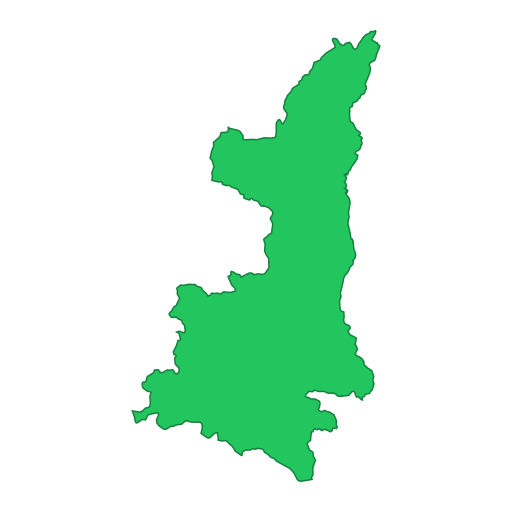 an SVG outline of Shaanxi
{"feature_id": "CHN-1804", "entity_name": "Shaanxi", "entity_type": "Province", "adm_level": 1, "iso_a3": "CHN", "parent_name": "China", "parent_adm1": "", "projection": "equal_earth", "projection_center": [108.8, 35.643], "detail": "fine", "context": "isolated", "style": "filled", "palette": "green", "viewbox_px": 512, "rotation_deg": 0, "n_neighbors": 0, "source": "natural_earth", "source_scale": "10m", "svg_char_len": 6066}
<svg xmlns="http://www.w3.org/2000/svg" viewBox="0 0 512 512"><path d="M300.7,481.3L298.2,480.5L297.0,479.0L294.2,473.4L291.0,469.5L288.3,467.5L276.6,461.3L274.4,458.7L271.0,457.4L267.6,454.1L264.6,452.4L263.3,449.8L262.2,449.0L258.0,448.4L254.7,449.3L252.9,448.5L250.1,450.2L248.5,449.9L244.7,450.4L242.5,452.1L242.0,455.2L241.4,455.5L235.3,451.1L232.3,446.3L229.3,443.9L226.9,441.2L225.3,440.6L222.0,441.0L218.1,440.1L218.2,438.2L217.4,432.8L214.7,433.2L209.8,437.8L208.2,438.0L206.8,437.5L201.0,433.4L202.1,429.1L202.3,425.5L201.7,423.8L200.3,422.2L191.1,422.1L185.9,420.6L181.6,424.2L176.9,424.8L173.1,426.3L170.6,426.4L166.4,429.1L164.1,429.3L159.1,426.0L156.7,422.7L156.6,419.5L158.6,415.0L158.4,413.2L155.9,413.0L148.7,414.6L147.3,416.1L145.6,419.8L142.1,419.5L137.2,422.9L136.0,422.6L135.2,421.3L134.5,416.9L132.3,410.9L139.6,412.1L142.6,410.9L145.5,408.0L148.6,407.5L149.5,406.4L150.4,403.7L149.9,396.3L151.1,392.5L150.1,391.7L147.6,391.4L143.4,388.4L142.4,386.6L142.1,383.7L142.9,382.2L145.2,381.9L145.9,381.2L147.3,376.6L153.1,373.0L154.0,371.8L154.4,370.0L158.4,369.8L159.9,372.1L162.1,372.8L167.4,369.9L169.7,370.3L172.4,369.6L173.7,370.6L174.5,372.8L176.3,373.9L178.4,372.8L179.1,370.7L179.2,369.3L178.6,367.6L175.3,364.1L174.7,358.1L176.3,355.8L175.8,355.1L173.8,354.3L173.3,351.8L176.7,345.0L177.9,340.5L179.9,340.3L180.6,339.5L179.1,333.5L176.7,332.1L179.2,331.2L183.7,332.8L184.7,332.4L185.2,330.6L184.5,325.2L182.5,323.2L181.9,321.0L181.2,320.1L178.5,319.1L176.4,317.2L171.3,317.4L169.6,315.2L169.1,313.8L170.0,312.3L171.7,310.9L173.7,307.0L176.5,305.2L177.7,302.0L179.0,300.1L179.4,298.0L177.2,293.8L177.5,290.5L176.8,288.9L176.9,288.0L180.9,284.9L182.7,285.4L189.0,284.3L195.3,284.6L196.8,286.2L201.2,287.6L203.2,290.9L205.8,293.0L208.1,296.0L210.6,294.9L211.3,293.6L212.4,293.0L214.4,293.6L217.3,293.1L220.5,294.0L223.7,291.8L230.4,292.5L235.0,291.1L235.5,289.9L234.8,288.2L231.9,285.2L228.2,277.1L228.2,276.4L230.8,275.1L231.1,274.2L230.8,272.2L231.2,271.5L233.1,271.9L236.4,274.0L239.7,274.7L241.2,277.0L249.1,273.1L251.7,273.0L254.0,274.7L257.7,273.8L261.8,274.3L264.2,274.0L265.3,273.1L269.0,267.7L268.6,258.3L266.1,254.7L264.6,251.0L265.1,244.2L263.7,239.5L264.7,238.2L267.0,236.7L268.5,234.7L270.8,233.6L271.6,232.5L272.7,224.7L272.3,222.4L270.6,219.5L270.3,218.3L272.5,214.6L272.9,212.0L269.1,208.0L265.6,206.4L261.2,206.0L259.9,204.6L258.0,201.3L253.4,200.0L252.0,198.4L251.3,198.3L249.6,200.0L244.4,198.4L243.7,197.1L244.1,195.2L240.4,193.9L237.8,189.4L231.5,187.1L229.6,185.5L226.3,185.5L223.3,184.6L222.2,183.9L222.6,182.7L221.3,181.8L218.8,182.0L211.9,180.4L212.4,176.1L211.8,173.1L213.9,166.8L212.2,160.7L210.1,158.2L211.6,151.4L213.8,145.7L213.4,142.8L213.6,142.2L220.0,136.6L220.7,133.6L221.4,132.5L226.1,132.3L227.7,131.5L228.4,129.7L228.3,127.4L230.2,128.5L238.0,130.3L239.8,131.2L242.8,135.3L243.1,137.3L242.8,139.1L244.5,139.8L252.8,139.4L257.1,139.7L264.1,137.8L270.6,138.1L275.1,137.4L275.7,136.3L276.3,131.5L276.2,124.4L276.6,122.4L278.1,120.1L279.2,119.6L280.1,120.1L282.2,123.7L283.1,123.7L285.6,119.7L287.1,114.9L287.1,113.4L284.3,109.7L283.5,107.2L284.7,103.2L285.0,100.3L286.5,98.0L287.5,95.4L291.7,90.8L292.3,88.7L293.0,88.0L298.9,84.3L299.0,81.6L301.5,80.0L302.7,76.8L305.2,74.9L306.7,74.5L307.9,75.2L308.8,74.5L309.9,71.3L312.5,68.3L314.1,62.4L320.3,60.0L321.3,57.7L326.3,52.9L335.2,47.4L334.8,45.1L332.4,40.2L332.6,39.0L333.9,38.3L336.9,39.1L339.4,43.2L342.5,45.4L344.3,45.0L345.5,43.4L349.5,42.3L351.1,44.0L353.4,48.2L355.2,49.4L356.8,48.3L358.6,44.2L363.5,37.1L365.8,34.8L369.2,33.3L370.8,31.4L372.9,31.8L375.4,30.7L375.8,31.6L375.2,33.7L371.8,39.5L372.4,40.5L374.8,41.6L376.5,43.1L377.2,42.7L378.0,44.6L379.7,45.7L379.7,46.5L376.9,53.4L375.3,59.3L374.1,60.7L370.1,62.8L369.2,64.5L370.5,68.5L369.6,73.3L365.1,84.2L366.3,86.5L366.2,89.0L365.1,90.9L364.4,93.4L361.0,95.2L359.9,97.9L358.1,99.2L356.7,101.3L352.8,102.9L352.4,106.3L349.9,107.7L349.5,109.8L349.9,110.9L349.5,114.0L350.2,121.6L352.9,123.0L356.2,129.6L360.0,132.3L360.5,133.4L360.1,134.2L358.5,135.2L361.6,137.2L362.3,138.3L361.1,139.5L362.1,143.8L361.3,144.9L360.0,149.0L358.2,150.7L356.4,151.0L355.7,151.9L355.5,154.1L357.9,155.3L356.9,159.6L356.0,160.0L355.6,161.4L351.5,166.8L350.3,169.8L349.0,170.9L348.2,172.7L346.4,173.6L346.4,174.0L347.6,174.3L346.9,175.0L344.5,174.6L345.0,175.8L346.5,177.4L345.5,180.8L344.4,181.7L346.2,184.1L345.9,184.8L346.5,186.0L345.7,188.0L344.8,188.3L346.6,189.5L346.6,190.7L347.5,190.2L347.6,191.1L346.7,193.0L345.5,192.7L345.4,193.2L349.4,198.7L350.1,202.6L348.5,212.5L349.1,217.4L348.0,221.9L348.1,224.4L350.3,233.6L350.9,238.9L352.2,239.1L353.1,241.1L353.8,248.9L355.4,253.2L355.7,255.5L355.0,258.0L353.0,260.6L353.3,261.6L352.7,264.6L350.5,266.6L347.4,272.9L345.2,275.1L343.6,278.4L342.5,284.5L340.4,292.9L341.0,296.6L339.5,301.2L340.2,309.2L340.9,310.6L342.2,311.6L343.8,311.9L344.1,317.5L343.5,319.7L344.1,322.2L345.5,324.1L349.0,325.4L350.0,326.8L350.1,328.6L348.4,330.3L348.2,332.3L350.1,334.7L356.3,338.1L355.2,344.8L356.1,345.5L357.5,349.2L355.4,353.5L355.3,354.4L356.6,355.7L359.5,356.9L362.1,358.9L364.0,361.9L363.9,363.9L364.4,365.1L367.8,368.1L371.8,370.7L373.7,376.5L372.8,380.1L374.0,383.8L372.2,390.0L370.8,391.0L369.4,393.5L365.4,394.2L364.6,396.0L362.1,397.8L362.4,400.0L361.1,399.5L358.7,397.0L356.3,396.9L354.5,391.9L353.2,391.2L351.9,391.8L348.8,395.4L339.9,396.4L337.6,395.9L334.4,393.2L327.8,393.1L324.1,391.4L318.7,391.5L314.7,390.2L312.2,391.8L309.0,391.3L306.0,394.5L305.4,395.8L305.7,396.9L308.2,397.4L310.8,399.0L314.4,398.9L318.8,400.7L319.9,402.3L320.0,403.6L319.4,407.4L318.2,409.6L320.2,411.3L322.5,411.6L323.9,410.6L325.2,410.5L327.0,411.6L329.4,412.0L333.9,414.8L336.1,419.8L336.5,421.3L336.2,425.0L337.3,426.9L336.4,428.5L333.0,427.9L332.5,428.5L332.5,430.3L330.4,431.8L327.6,430.3L324.5,429.4L321.6,430.6L319.6,428.9L316.9,429.7L314.7,428.9L313.7,429.4L312.9,431.7L311.3,432.3L310.5,440.3L307.8,442.4L307.2,443.7L309.5,449.9L312.8,452.1L313.6,456.8L315.5,459.9L312.8,467.7L313.0,474.5L311.4,477.9L312.1,479.4L300.7,481.3Z" fill="#22c55e" stroke="#15803d" stroke-width="1.5"/></svg>